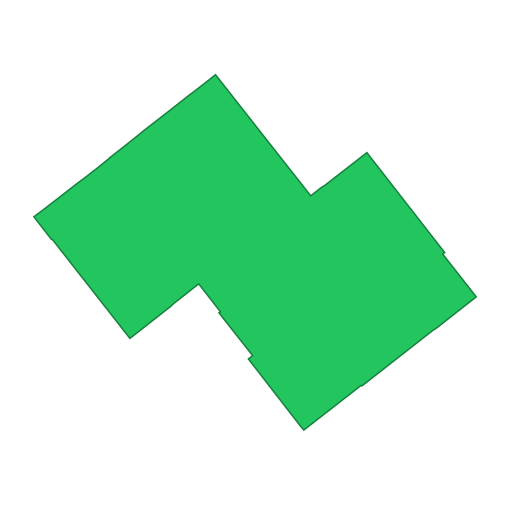 Lake, Oregon, United States of America, rotated 142°
{"feature_id": "52423323B45736239843392", "entity_name": "Lake", "entity_type": "district", "adm_level": 2, "iso_a3": "USA", "parent_name": "United States of America", "parent_adm1": "Oregon", "projection": "mercator", "projection_center": [-120.268, 42.805], "detail": "fine", "context": "isolated", "style": "filled", "palette": "green", "viewbox_px": 512, "rotation_deg": 142, "n_neighbors": 0, "source": "geoboundaries", "source_scale": "gbopen_adm2", "svg_char_len": 740}
<svg xmlns="http://www.w3.org/2000/svg" viewBox="0 0 512 512"><g transform="rotate(142 256 256)"><path d="M406.9,423.7L407.0,395.0L406.3,394.5L406.1,268.7L354.4,268.8L350.1,269.2L318.3,269.3L318.4,233.9L320.2,234.0L320.0,179.6L325.4,179.6L325.7,94.7L325.5,89.4L252.8,89.3L252.5,88.4L162.3,88.5L158.0,88.1L107.6,88.2L107.7,142.6L105.2,142.5L105.0,269.2L158.6,269.3L163.0,269.8L175.8,269.7L176.0,323.5L176.1,353.2L176.1,353.6L176.3,423.8L186.6,423.7L204.5,423.8L204.8,423.8L211.6,423.9L233.8,423.8L259.9,423.9L260.3,423.9L266.3,423.9L282.2,423.6L309.6,423.5L309.9,423.6L311.8,423.3L327.0,423.0L329.2,423.0L332.7,423.1L341.6,423.0L351.4,423.3L394.0,423.4L406.9,423.7L406.9,423.7Z" fill="#22c55e" stroke="#15803d" stroke-width="1.5"/></g></svg>